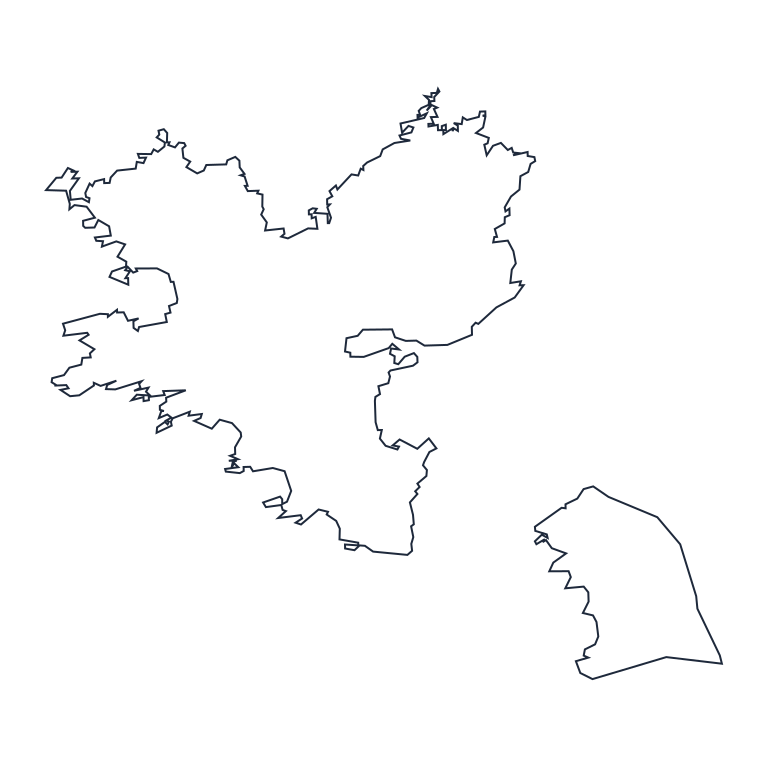 Aukra nor, Møre og Romsdal, Norway (Mercator projection)
{"feature_id": "86288312B52502401984724", "entity_name": "Aukra nor", "entity_type": "district", "adm_level": 2, "iso_a3": "NOR", "parent_name": "Norway", "parent_adm1": "Møre og Romsdal", "projection": "mercator", "projection_center": [6.9, 62.807], "detail": "fine", "context": "isolated", "style": "outline", "palette": "slate", "viewbox_px": 768, "rotation_deg": 0, "n_neighbors": 0, "source": "geoboundaries", "source_scale": "gbopen_adm2", "svg_char_len": 6050}
<svg xmlns="http://www.w3.org/2000/svg" viewBox="0 0 768 768"><path d="M439.4,91.5L438.0,88.9L436.8,92.9L431.4,93.1L431.6,97.1L424.9,96.0L429.0,99.9L428.7,104.8L421.3,108.1L418.7,110.9L420.1,114.8L417.5,114.9L417.6,117.6L426.8,113.3L424.2,118.0L400.5,123.5L402.1,132.7L408.5,125.9L413.4,127.5L411.4,132.4L399.5,135.5L401.0,138.8L410.3,140.5L394.4,143.0L382.7,149.4L380.2,156.1L367.1,162.5L363.2,166.0L363.4,170.0L360.7,168.7L358.2,175.5L351.5,174.4L337.4,189.5L335.9,185.5L329.5,191.1L332.3,196.3L327.1,199.2L327.2,204.5L329.9,204.4L327.3,207.2L331.0,217.7L329.2,223.1L327.8,223.1L327.5,213.8L314.2,212.9L316.7,208.8L312.7,208.3L308.8,210.4L308.9,214.4L311.6,214.3L311.7,218.3L315.7,216.9L317.4,228.8L308.1,228.4L287.9,238.4L281.2,236.6L284.5,233.8L283.6,228.5L265.1,230.5L266.8,222.4L261.2,214.6L263.7,209.2L262.3,206.6L262.5,194.6L257.2,193.4L258.4,190.7L247.8,191.1L244.9,185.9L247.6,185.8L244.6,176.5L240.6,175.3L244.5,173.9L239.7,167.4L239.4,160.7L235.3,156.9L227.4,160.3L226.2,164.4L206.3,165.0L203.8,170.5L197.2,173.4L186.4,167.1L190.2,161.6L183.4,157.8L182.4,148.5L185.6,145.8L184.2,143.1L178.9,142.6L175.0,147.4L168.3,145.0L169.5,142.3L166.9,142.4L167.2,133.0L163.8,129.2L158.5,130.7L159.3,134.6L156.7,137.4L164.9,142.5L164.4,146.5L157.9,151.8L153.7,149.4L151.2,154.1L137.9,153.9L139.3,157.9L146.0,157.6L143.5,163.1L136.8,161.9L135.7,168.6L117.1,170.6L110.7,177.5L109.6,182.9L104.2,183.1L104.1,179.1L94.9,181.4L92.4,186.1L89.6,183.6L85.3,193.0L86.1,197.0L89.5,198.2L88.9,202.2L82.1,198.5L70.7,199.8L69.9,190.9L78.9,178.3L72.3,178.5L77.4,171.7L70.7,171.9L73.4,170.5L67.9,168.0L61.6,177.6L56.3,177.8L46.1,190.1L66.1,190.7L69.8,203.9L69.4,209.3L74.5,205.1L86.6,206.7L94.9,217.7L83.1,220.8L83.2,225.9L85.2,227.8L94.5,227.5L98.3,220.0L109.1,226.3L110.8,235.6L94.9,237.5L96.3,240.8L103.0,241.2L101.9,246.6L116.3,241.4L125.1,244.4L117.5,256.7L126.3,261.7L126.0,266.6L112.0,271.5L109.5,276.9L128.3,284.7L128.1,278.1L125.4,278.2L129.9,271.3L125.2,270.2L127.7,266.8L133.2,272.6L137.2,271.1L135.8,268.5L157.0,268.4L168.5,274.0L170.8,281.9L173.5,281.8L177.4,299.0L176.8,303.0L169.0,306.0L170.5,312.6L165.2,314.1L166.8,322.0L139.1,327.0L137.9,331.0L133.6,327.9L133.4,321.3L138.6,318.4L128.0,320.8L123.7,312.3L117.1,312.5L117.0,309.8L107.9,316.8L107.9,314.2L99.9,313.8L63.0,323.7L65.2,330.3L63.4,335.7L87.2,332.8L88.6,334.8L79.5,340.4L94.4,349.2L89.9,353.4L90.7,357.4L82.4,357.9L81.3,364.6L69.4,367.7L64.0,375.1L52.2,378.2L51.6,382.2L56.3,385.1L54.4,385.6L66.3,385.1L68.5,388.3L60.5,389.9L70.1,396.2L79.3,395.3L93.9,385.5L93.8,382.8L100.6,385.9L116.4,380.7L107.2,385.0L106.0,389.1L115.3,389.4L141.6,381.2L139.1,383.9L140.5,387.9L134.0,390.8L148.5,387.6L146.0,391.7L150.1,395.5L136.8,394.7L131.7,400.2L143.5,397.1L143.6,401.1L148.9,400.2L148.8,396.9L164.7,395.0L163.2,391.1L185.8,390.3L166.1,397.7L166.3,401.6L159.8,405.9L159.9,409.8L163.9,411.0L161.3,411.1L158.8,418.1L167.3,414.5L171.4,417.6L166.2,420.5L168.9,421.7L167.6,424.4L164.9,421.9L157.1,427.4L156.6,432.8L171.7,425.6L170.9,421.7L172.7,418.3L189.8,411.7L188.6,415.7L201.8,414.0L200.6,418.0L194.1,420.9L211.8,428.7L219.7,419.7L232.0,423.1L240.7,432.5L241.2,436.5L235.0,447.3L235.2,454.0L230.1,455.8L238.0,459.2L228.8,460.8L236.7,460.6L232.8,462.0L231.6,467.4L234.2,463.3L238.3,467.2L225.1,469.0L225.8,471.6L239.8,473.1L243.7,471.0L243.6,467.0L250.2,466.8L253.0,471.3L272.8,468.0L284.6,471.2L291.2,490.9L287.0,501.7L282.2,504.1L282.2,499.2L280.1,496.6L263.1,502.5L265.9,507.1L281.3,505.0L282.6,509.9L285.9,511.1L278.2,518.0L300.7,515.2L302.1,518.5L295.6,522.7L301.0,524.5L318.6,509.5L328.0,511.8L326.7,514.5L336.2,520.9L339.8,528.7L339.5,539.4L358.2,542.7L358.3,545.4L345.0,544.5L345.1,548.5L354.5,550.2L359.6,545.4L364.9,545.8L373.1,551.6L407.4,554.9L412.1,550.8L411.3,543.9L413.3,537.1L411.1,526.3L413.8,524.3L413.0,514.8L409.9,502.4L417.4,494.0L415.2,491.3L419.6,487.0L417.4,483.6L426.4,476.0L426.9,470.0L423.0,465.3L424.1,462.1L429.4,452.0L436.4,448.4L428.8,438.4L417.3,448.8L399.6,439.5L392.7,445.4L399.0,446.6L397.4,449.5L385.6,445.8L379.9,438.6L381.8,430.0L377.8,430.1L375.6,422.2L374.9,400.9L375.4,396.9L380.0,394.1L378.4,386.2L388.3,383.2L390.0,376.5L388.6,372.5L390.5,370.5L413.0,365.7L417.5,362.3L417.3,356.9L413.9,353.1L404.7,356.7L398.3,364.2L394.3,363.0L394.7,356.3L390.0,353.8L391.1,348.5L399.1,349.5L392.3,343.8L388.7,348.1L363.7,356.9L350.4,356.7L350.3,352.7L345.0,351.5L346.5,338.2L357.7,335.8L362.9,329.7L392.1,329.4L395.0,337.3L405.8,340.9L416.4,340.6L424.5,345.6L447.4,344.9L472.0,334.8L471.8,326.8L475.6,322.7L478.3,323.9L496.4,307.4L514.7,297.5L523.6,285.2L519.6,285.3L520.9,281.3L510.3,283.0L511.8,269.6L515.8,263.5L513.4,251.2L507.8,240.6L493.2,242.4L494.3,237.0L497.0,236.9L494.8,229.0L504.6,223.4L504.8,217.2L509.6,215.2L509.4,208.6L505.5,211.4L504.7,207.4L511.0,196.5L519.5,189.6L520.4,176.2L528.2,172.0L530.6,163.9L535.2,161.1L534.4,157.1L527.7,156.0L527.6,152.0L513.1,155.3L517.6,153.0L513.2,152.5L511.7,147.9L507.8,150.0L500.9,142.9L493.0,145.8L486.7,155.3L484.3,144.7L487.6,143.3L488.8,137.9L476.0,133.0L483.1,127.5L485.4,116.7L482.7,115.5L485.4,115.4L485.3,111.4L480.0,111.6L478.8,116.9L466.9,120.0L462.8,117.4L461.7,124.1L453.7,123.1L457.8,125.6L457.9,130.9L453.9,128.4L452.6,131.1L452.5,128.4L443.4,134.1L443.3,130.1L445.9,130.0L445.8,124.7L441.8,126.1L441.9,130.1L438.0,130.2L437.8,124.9L428.5,126.5L428.4,123.9L433.7,123.7L430.9,117.1L437.5,116.9L433.9,109.0L437.2,107.6L431.8,105.1L426.7,110.6L430.5,105.1L430.4,101.2L434.4,101.0L434.2,97.0L439.4,91.5ZM721.9,663.7L719.8,655.4L697.4,608.7L696.2,596.2L680.2,544.3L657.3,517.2L608.5,496.9L593.2,486.4L583.6,489.1L577.3,498.6L565.5,504.3L565.6,508.3L561.6,507.8L534.9,526.8L535.3,530.9L546.8,534.4L547.6,537.9L541.8,534.7L534.9,541.3L536.4,544.2L544.8,539.2L542.7,542.1L546.0,540.1L551.8,548.2L566.1,553.4L553.3,562.6L549.3,571.3L568.6,571.2L570.8,577.1L565.3,588.3L583.7,586.6L588.3,592.3L588.6,601.6L582.9,613.0L593.0,615.4L596.5,622.0L598.3,636.5L595.1,644.3L584.9,649.4L583.7,655.6L588.3,657.6L575.9,661.2L580.3,673.0L592.5,679.1L666.3,657.1L721.9,663.7Z" fill="none" stroke="#1e293b" stroke-width="2"/></svg>